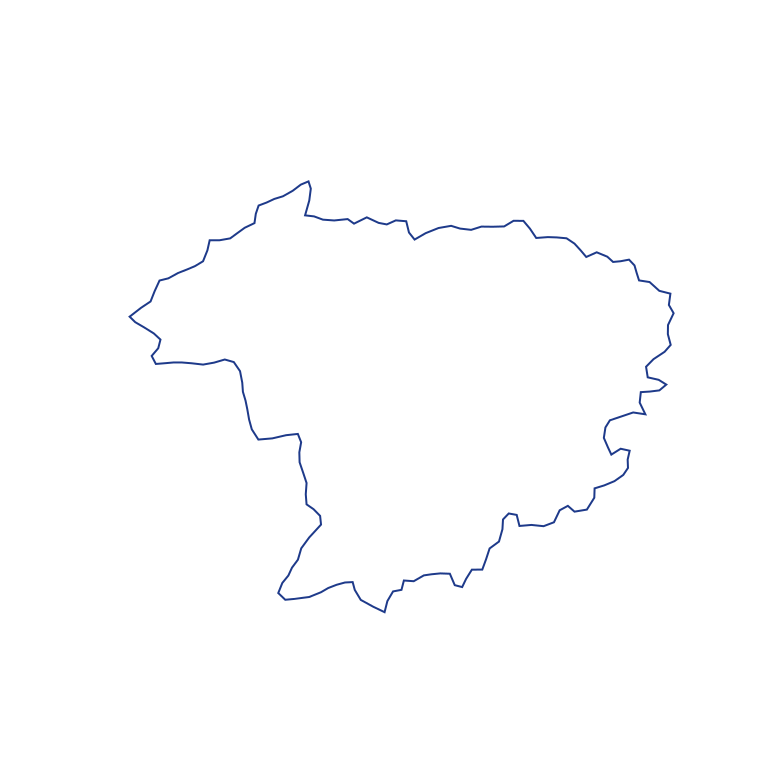 outline of Chalé, Minas Gerais, Brazil, rotated 212°
{"feature_id": "56859067B57408649157877", "entity_name": "Chalé", "entity_type": "district", "adm_level": 2, "iso_a3": "BRA", "parent_name": "Brazil", "parent_adm1": "Minas Gerais", "projection": "robinson", "projection_center": [-41.659, -20.023], "detail": "fine", "context": "isolated", "style": "outline", "palette": "blue", "viewbox_px": 768, "rotation_deg": 212, "n_neighbors": 0, "source": "geoboundaries", "source_scale": "gbopen_adm2", "svg_char_len": 2410}
<svg xmlns="http://www.w3.org/2000/svg" viewBox="0 0 768 768"><g transform="rotate(212 384 384)"><path d="M385.9,240.9L377.4,240.5L368.3,238.3L362.9,231.4L364.4,223.3L366.1,214.3L367.1,200.8L363.9,189.4L364.7,179.5L363.6,170.9L364.8,161.4L362.9,150.7L353.4,148.7L346.7,153.8L334.6,163.7L327.1,174.0L323.2,181.4L317.8,188.6L311.9,195.0L305.6,199.4L299.7,193.9L289.3,188.6L275.1,189.4L262.6,190.8L266.1,201.7L266.4,212.9L260.1,218.7L263.0,227.9L254.3,232.5L248.8,242.8L242.9,247.8L235.9,253.2L227.6,258.0L217.4,250.9L210.1,253.2L211.1,262.2L211.1,273.1L202.3,278.7L204.6,289.6L207.3,300.5L203.0,311.3L206.6,323.6L211.3,332.2L209.6,340.3L202.1,343.3L193.9,335.4L184.3,342.6L173.3,348.0L166.6,356.8L168.1,370.0L163.5,378.1L154.8,376.7L145.4,385.0L145.4,399.0L150.1,407.1L143.5,414.7L137.1,423.7L132.9,433.7L132.6,442.1L137.3,449.0L140.3,457.6L149.0,454.5L153.8,444.6L160.6,449.0L169.0,454.8L173.2,464.5L173.2,472.9L165.8,481.9L157.6,491.9L146.3,496.8L157.3,503.7L161.9,513.2L154.5,518.5L147.1,524.5L144.3,533.1L153.3,533.1L163.9,529.4L170.9,537.5L168.6,547.9L163.1,560.0L161.6,569.1L169.7,576.7L174.4,584.5L175.9,597.5L184.3,602.0L189.0,612.4L199.9,608.9L212.8,611.2L222.6,607.0L228.6,612.1L234.4,617.3L242.1,619.3L248.4,613.5L254.4,608.9L262.1,610.3L273.4,608.4L279.8,598.9L287.9,601.5L296.9,604.0L306.4,604.3L315.1,599.9L322.9,595.4L332.3,588.5L342.6,593.1L352.2,596.2L360.6,591.1L365.6,581.3L375.1,575.0L384.8,569.1L391.8,560.9L401.9,556.1L410.9,553.7L420.4,545.2L428.6,534.0L434.6,522.7L443.1,525.7L451.4,533.8L460.7,529.0L466.2,520.8L473.9,517.8L486.9,516.2L494.4,504.1L502.2,504.6L512.9,496.3L522.9,491.0L532.1,489.1L540.3,485.2L544.6,500.0L549.6,510.9L555.4,515.8L560.2,509.0L563.8,499.5L569.2,489.6L575.1,482.8L579.7,475.7L584.9,468.9L582.9,460.4L579.1,451.8L584.9,442.7L588.7,433.3L591.6,426.0L599.7,418.7L608.0,413.5L604.6,403.8L602.5,392.2L606.7,383.9L611.6,376.9L617.4,369.1L622.9,359.3L629.2,352.8L627.7,341.2L625.7,330.3L630.4,319.9L635.4,306.3L627.7,304.6L617.7,304.9L606.0,304.9L597.1,303.2L594.4,294.7L595.9,284.7L588.1,280.1L580.7,285.6L574.2,290.5L566.9,295.1L558.2,299.6L547.7,304.6L539.4,312.1L532.0,320.4L523.0,323.0L512.9,318.6L504.9,310.0L499.5,302.6L492.6,296.5L486.6,290.2L479.6,282.4L472.1,275.5L461.1,270.3L449.9,278.7L439.9,288.7L430.6,296.0L423.4,290.7L419.6,281.2L414.1,272.9L404.8,265.3L397.2,259.0L391.9,249.0L385.9,240.9Z" fill="none" stroke="#1e3a8a" stroke-width="2"/></g></svg>